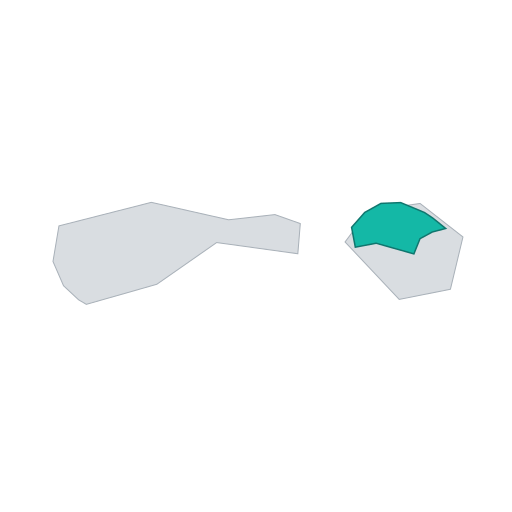 Saint James Windward highlighted on a map of Saint Kitts and Nevis, rotated 310°
{"feature_id": "KNA-5103", "entity_name": "Saint James Windward", "entity_type": "Parish", "adm_level": 1, "iso_a3": "KNA", "parent_name": "Saint Kitts and Nevis", "parent_adm1": "", "projection": "natural_earth1", "projection_center": [-62.57, 17.171], "detail": "fine", "context": "in_parent", "style": "filled", "palette": "teal", "viewbox_px": 512, "rotation_deg": 310, "n_neighbors": 0, "source": "natural_earth", "source_scale": "10m", "svg_char_len": 629}
<svg xmlns="http://www.w3.org/2000/svg" viewBox="0 0 512 512"><g transform="rotate(310 256 256)"><path d="M309.3,269.1L284.6,286.6L241.0,217.2L170.6,198.2L109.9,157.1L108.4,148.3L109.5,127.7L121.3,104.0L152.4,85.7L229.8,141.3L266.1,211.7L299.9,243.9L309.3,269.1ZM403.6,402.3L355.5,426.3L314.8,393.6L324.0,315.2L362.9,313.0L401.7,347.9L403.6,402.3Z" fill="#d9dde1" stroke="#a8b0b8" stroke-width="1"/><path d="M326.6,326.4L339.4,310.8L359.3,311.3L376.6,317.9L389.9,332.5L397.6,357.1L398.7,367.3L399.0,383.6L387.7,375.6L374.7,370.5L359.1,375.6L343.0,339.8L326.6,326.4Z" fill="#14b8a6" stroke="#0f766e" stroke-width="1.5"/></g></svg>